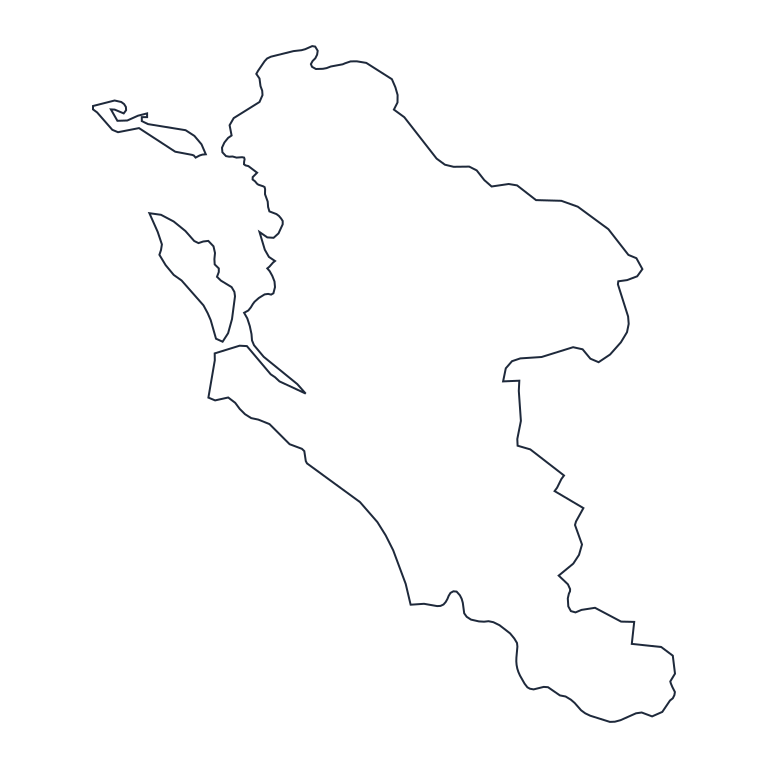 the border of Charente-Maritime
{"feature_id": "FRA-5278", "entity_name": "Charente-Maritime", "entity_type": "Metropolitan department", "adm_level": 1, "iso_a3": "FRA", "parent_name": "France", "parent_adm1": "", "projection": "mercator", "projection_center": [-0.827, 45.732], "detail": "fine", "context": "isolated", "style": "outline", "palette": "slate", "viewbox_px": 768, "rotation_deg": 0, "n_neighbors": 0, "source": "natural_earth", "source_scale": "10m", "svg_char_len": 4018}
<svg xmlns="http://www.w3.org/2000/svg" viewBox="0 0 768 768"><path d="M410.6,604.6L405.7,583.9L393.2,550.3L385.7,535.4L377.4,522.1L360.0,502.1L307.0,463.4L305.8,461.1L304.3,451.1L301.9,448.8L289.6,444.2L269.5,424.1L258.3,419.6L251.2,418.1L245.0,414.2L239.7,408.9L235.2,402.8L228.2,397.5L215.1,400.4L208.4,397.6L214.8,360.3L214.7,353.4L239.6,345.7L246.9,346.1L270.7,374.3L275.0,377.2L279.5,381.4L305.7,393.6L297.3,384.1L263.7,356.8L254.0,345.2L252.0,340.4L251.5,334.1L249.8,326.1L247.3,318.4L244.1,312.8L248.3,310.5L250.9,307.3L252.8,304.1L254.6,301.7L258.8,298.0L264.6,294.4L268.1,293.9L271.1,294.6L273.4,293.3L275.0,287.1L274.5,281.5L272.3,275.9L269.7,271.2L267.3,268.4L269.4,266.7L273.1,262.5L275.0,261.0L268.9,256.9L264.8,249.7L259.5,232.0L267.3,237.4L273.6,237.8L278.5,233.4L282.7,224.3L282.7,221.0L281.1,218.5L279.0,216.0L276.5,214.1L269.4,211.4L268.1,207.0L267.7,201.6L265.0,194.2L265.1,189.2L264.6,187.1L263.2,186.3L258.4,184.7L257.1,183.8L254.9,181.2L252.6,179.5L252.7,177.1L257.1,172.7L248.4,166.1L245.5,165.4L244.0,164.3L244.1,161.8L244.6,159.2L244.1,157.6L242.1,157.2L236.5,157.6L232.6,156.5L229.2,156.7L226.0,156.1L222.4,152.3L222.0,147.7L224.4,142.5L228.1,137.9L231.6,135.5L229.6,125.2L233.7,118.1L259.5,102.0L262.5,95.1L262.2,90.7L260.5,86.1L259.5,78.5L256.3,73.9L258.0,70.9L264.6,61.2L267.1,58.5L270.9,56.7L293.5,51.1L301.5,50.2L305.2,49.2L312.2,46.1L315.2,46.6L317.7,50.8L317.1,54.7L315.3,58.3L312.6,61.0L310.9,64.1L312.0,66.8L315.9,69.0L322.9,68.8L326.6,68.1L330.8,66.5L342.7,64.3L345.0,63.3L350.6,61.4L356.7,61.3L366.3,62.9L391.9,79.2L395.4,87.3L397.6,95.0L397.5,102.5L393.9,109.6L404.3,117.2L436.6,158.6L444.9,164.7L453.6,166.8L469.2,166.6L476.7,170.4L484.3,180.1L491.6,186.5L508.7,184.0L517.1,185.4L536.0,200.1L561.3,200.8L577.8,206.7L608.4,229.2L628.4,254.9L636.4,258.2L642.4,269.1L637.2,276.3L627.1,280.1L618.3,281.3L617.9,284.3L628.1,316.5L628.7,323.9L627.0,332.2L620.9,342.3L610.1,354.5L598.6,362.2L590.4,358.7L582.6,349.3L573.1,347.2L541.6,357.0L520.3,358.4L512.0,361.2L505.8,368.3L503.1,381.4L519.3,380.7L518.8,390.9L520.9,420.9L517.3,439.0L517.6,445.7L530.3,449.4L564.0,475.5L561.4,479.0L557.1,487.7L554.6,491.1L583.4,508.1L576.0,521.5L575.0,525.0L582.0,544.5L579.0,554.9L573.3,563.6L558.7,575.6L567.9,584.3L570.1,589.1L570.0,591.3L568.9,593.6L567.8,598.4L568.3,606.4L570.9,611.1L575.5,612.4L581.5,609.9L595.0,607.8L621.1,621.6L634.2,621.9L631.8,643.9L661.2,647.0L672.8,655.7L675.0,673.7L674.9,673.8L670.3,681.4L670.8,683.3L672.4,687.1L674.9,692.0L674.4,695.1L672.8,698.3L670.0,700.5L662.3,711.9L652.1,716.4L641.7,712.5L636.0,713.3L620.5,720.2L614.9,721.7L609.9,721.9L590.2,715.7L585.2,713.3L581.1,710.3L574.6,702.9L570.9,699.7L565.6,696.5L559.9,695.4L548.0,687.2L543.7,686.9L533.6,689.4L529.9,688.7L527.4,687.3L524.6,683.7L520.0,675.6L518.4,672.0L517.3,668.6L516.6,665.0L516.3,661.4L516.4,657.7L517.4,646.6L517.0,643.0L514.3,638.5L510.1,633.4L499.5,625.2L493.4,622.2L488.5,621.2L484.1,621.7L478.9,621.4L471.0,619.6L466.7,616.8L464.2,613.3L462.8,602.8L461.7,598.9L459.9,595.3L456.6,591.6L453.4,591.3L450.5,592.9L448.7,595.8L447.4,599.0L445.7,602.0L443.5,604.5L440.5,605.9L437.2,606.1L424.0,603.8L410.8,604.7L410.7,604.6L410.6,604.6ZM218.8,272.0L217.0,276.8L220.9,280.6L231.6,287.1L234.4,291.9L235.0,296.3L232.0,319.1L228.1,333.2L222.6,341.7L216.0,338.7L210.7,320.1L207.6,313.0L203.5,305.4L181.6,280.5L173.7,274.9L165.6,265.1L159.4,254.8L161.0,250.0L161.9,244.4L157.7,231.9L149.4,213.2L161.0,214.8L173.7,221.5L185.4,231.0L194.2,241.0L198.5,243.1L203.2,241.5L208.3,240.9L213.5,246.3L215.0,253.0L214.4,259.1L214.7,264.4L218.8,268.4L218.8,272.0ZM195.6,157.6L193.8,155.5L192.2,154.9L175.2,151.7L139.0,128.1L118.0,132.2L112.3,129.8L97.1,112.4L93.0,109.4L93.0,106.0L114.6,100.5L121.3,102.0L124.1,104.1L125.9,107.0L126.1,110.2L123.7,113.4L114.7,109.6L110.9,109.4L117.4,120.8L127.3,120.5L138.0,115.7L147.1,113.4L147.1,117.1L141.8,117.1L141.8,121.1L148.0,124.1L185.6,130.2L194.4,135.9L201.5,144.3L205.8,154.3L202.4,154.6L199.6,155.5L195.6,157.6Z" fill="none" stroke="#1e293b" stroke-width="2"/></svg>